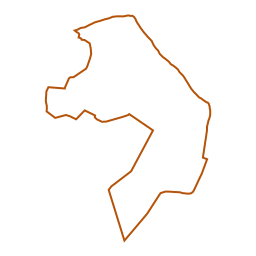 Obanliku, Cross River, Nigeria (Mercator projection)
{"feature_id": "59680162B73921161942586", "entity_name": "Obanliku", "entity_type": "district", "adm_level": 2, "iso_a3": "NGA", "parent_name": "Nigeria", "parent_adm1": "Cross River", "projection": "mercator", "projection_center": [9.31, 6.471], "detail": "fine", "context": "isolated", "style": "outline", "palette": "amber", "viewbox_px": 256, "rotation_deg": 0, "n_neighbors": 0, "source": "geoboundaries", "source_scale": "gbopen_adm2", "svg_char_len": 1688}
<svg xmlns="http://www.w3.org/2000/svg" viewBox="0 0 256 256"><path d="M80.9,27.9L76.8,30.0L74.8,30.5L76.2,31.7L78.8,33.4L79.3,34.6L78.6,37.5L80.4,38.1L81.3,38.8L81.6,39.7L84.6,40.0L89.7,43.4L90.7,48.2L91.2,53.9L90.1,58.2L89.1,61.1L87.5,65.7L86.2,68.6L73.5,77.2L70.3,77.3L69.0,78.3L65.2,86.9L64.8,88.5L48.4,87.2L46.4,91.4L45.8,101.1L46.8,106.1L46.8,108.2L46.8,109.2L46.6,111.4L55.2,117.9L65.9,115.0L69.8,116.2L76.1,119.3L84.7,110.4L95.1,115.5L94.8,117.3L96.8,119.3L102.0,121.8L106.2,121.6L122.6,116.9L128.0,115.1L129.2,114.1L153.0,130.4L131.1,171.3L111.4,186.3L108.7,189.9L124.4,240.6L132.9,230.6L147.1,213.8L159.4,194.8L160.6,193.1L165.3,191.6L168.3,191.6L180.1,192.3L182.5,193.1L188.0,193.7L190.8,193.4L192.6,192.2L193.9,190.4L199.9,177.5L201.8,173.6L207.1,159.2L202.9,157.6L206.5,133.7L207.0,130.0L207.0,126.8L208.6,120.1L209.2,119.0L209.7,117.1L210.2,115.0L210.2,112.9L210.2,109.8L209.7,108.3L209.7,106.7L209.2,105.2L208.7,103.6L207.7,102.6L206.2,102.1L204.7,101.0L203.2,100.0L201.5,98.7L201.1,98.4L199.1,97.4L197.9,96.1L195.6,93.7L194.0,92.1L191.5,89.1L189.5,86.0L188.0,83.4L187.0,81.8L186.0,80.3L184.5,77.7L183.9,76.9L183.0,75.6L181.4,74.0L179.4,72.0L177.9,69.4L175.4,67.3L173.4,65.7L170.8,64.2L168.8,61.6L166.8,60.0L164.8,58.4L162.7,56.9L159.7,53.8L159.2,52.8L158.2,50.7L155.7,48.1L153.6,45.0L151.6,40.8L147.6,36.7L146.3,35.1L143.6,32.0L140.5,27.8L139.0,25.4L138.5,24.7L136.5,21.6L135.5,19.0L134.0,16.9L132.5,15.9L130.4,15.9L128.4,15.4L126.3,15.8L125.8,15.9L123.3,16.4L119.2,16.3L117.2,16.3L112.6,16.8L109.0,18.3L104.9,19.3L104.3,19.5L100.3,20.8L94.7,22.4L91.7,23.9L88.9,25.2L87.6,25.9L85.0,27.2L84.8,27.3L84.5,27.4L80.9,27.9Z" fill="none" stroke="#b45309" stroke-width="2"/></svg>